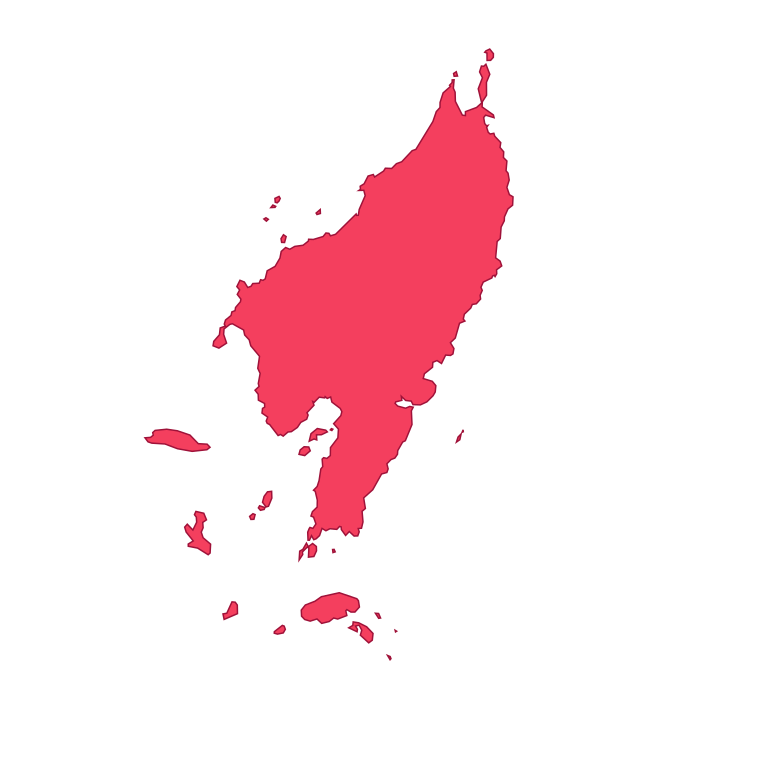 the district of Ko Chang, Trat, Thailand, rotated 62°
{"feature_id": "78962969B80719111705399", "entity_name": "Ko Chang", "entity_type": "district", "adm_level": 2, "iso_a3": "THA", "parent_name": "Thailand", "parent_adm1": "Trat", "projection": "mercator", "projection_center": [102.37, 12.028], "detail": "fine", "context": "isolated", "style": "filled", "palette": "rose", "viewbox_px": 768, "rotation_deg": 62, "n_neighbors": 0, "source": "geoboundaries", "source_scale": "gbopen_adm2", "svg_char_len": 6196}
<svg xmlns="http://www.w3.org/2000/svg" viewBox="0 0 768 768"><g transform="rotate(62 384 384)"><path d="M160.2,145.2L149.5,143.9L150.3,146.8L149.0,148.7L153.3,153.1L159.8,153.3L167.6,162.2L181.7,165.8L183.3,172.5L181.7,184.2L185.2,186.1L183.4,188.6L168.0,188.3L159.7,184.2L155.4,183.9L148.3,179.3L147.5,181.0L149.8,182.3L151.0,185.9L152.5,185.7L154.7,195.1L161.7,202.3L166.2,204.8L168.0,209.9L175.2,217.6L191.8,245.7L191.2,249.6L196.1,264.0L195.3,269.6L197.3,276.0L194.1,281.5L195.8,284.4L196.8,295.1L194.0,295.1L192.9,300.4L197.9,307.6L198.2,312.2L201.1,313.4L201.3,315.3L203.5,310.9L208.9,312.2L218.2,323.9L223.0,327.5L222.2,329.1L220.8,328.8L229.1,356.5L228.0,361.7L225.1,361.9L223.4,364.4L225.2,368.5L223.2,378.5L220.8,382.6L222.3,383.7L223.5,390.3L220.6,398.2L220.8,403.9L217.3,406.8L218.7,412.5L223.9,416.7L229.0,424.9L229.2,434.0L235.4,439.5L235.7,442.1L234.0,444.0L236.4,446.9L233.7,452.7L235.3,455.6L234.8,459.0L228.4,459.4L224.8,462.5L228.9,468.2L233.2,467.3L236.0,471.5L241.9,470.5L244.0,472.2L246.7,479.1L249.3,481.1L248.9,484.5L251.7,486.9L253.1,493.9L256.1,496.9L258.4,496.9L257.6,502.3L263.3,506.2L266.4,514.3L270.0,517.0L274.8,512.9L274.0,503.8L264.9,502.3L260.3,499.4L259.0,492.1L259.6,489.6L270.4,482.6L275.3,484.0L281.7,482.3L287.7,483.7L301.1,480.9L310.9,488.1L316.5,488.4L324.6,494.8L327.5,495.5L328.9,500.8L334.0,499.9L339.3,502.5L345.1,498.6L348.4,500.2L348.5,502.7L352.4,505.4L358.6,502.2L361.4,505.4L363.9,505.6L366.1,504.0L379.8,501.7L380.0,499.0L382.7,497.5L381.3,491.3L382.6,488.2L381.7,480.9L378.8,475.5L378.8,468.8L375.8,465.6L373.2,465.5L369.9,455.8L366.1,455.1L367.4,454.2L365.2,447.4L368.4,442.9L367.5,441.9L370.1,440.9L370.4,437.2L375.5,438.5L385.0,434.1L388.6,434.2L391.7,437.0L395.4,447.1L402.4,445.4L409.9,450.0L415.0,461.1L422.0,465.0L422.9,469.3L420.7,471.9L421.3,473.9L428.2,476.9L429.4,479.7L438.7,486.6L443.1,491.1L444.7,496.1L446.5,495.1L455.2,497.4L461.3,500.8L463.1,507.1L466.3,510.5L468.5,508.7L475.6,509.8L478.1,514.6L475.9,516.7L476.5,517.9L479.0,520.9L486.2,524.4L486.9,523.1L483.9,519.2L488.5,519.1L488.8,516.5L487.6,512.1L482.4,506.5L486.3,504.2L486.4,499.7L490.2,493.9L488.9,490.1L490.1,488.9L492.5,490.0L499.7,489.0L498.0,483.9L504.2,481.8L505.8,478.5L502.9,475.3L499.5,474.6L500.8,471.6L495.9,467.3L486.1,463.1L485.2,458.9L475.0,455.4L472.1,443.6L462.3,428.4L463.5,423.0L460.9,420.2L455.8,418.9L454.0,413.3L454.5,409.2L452.4,405.1L449.3,403.2L444.0,394.8L444.1,391.8L432.9,378.3L420.5,372.4L418.2,369.1L415.9,371.8L415.5,376.3L409.9,382.3L406.3,383.3L405.3,382.0L406.8,375.9L403.0,374.5L408.7,372.6L411.9,368.0L415.8,368.1L419.5,361.7L419.9,354.5L417.4,346.2L415.1,342.5L409.8,339.0L404.3,340.1L397.6,346.8L393.9,343.5L392.0,333.3L387.8,330.7L388.2,326.2L392.9,323.6L387.4,316.0L390.0,311.9L389.8,309.0L385.5,305.6L378.7,306.0L376.9,299.5L365.8,288.8L366.4,283.0L363.9,283.5L360.1,280.3L357.7,271.8L355.2,268.7L356.5,264.8L354.3,258.8L350.8,257.5L347.5,253.3L344.1,253.0L340.6,248.5L341.0,239.0L339.6,237.5L339.8,235.6L341.3,235.5L339.6,232.7L336.0,231.0L335.0,224.6L330.0,223.8L325.0,226.2L311.3,217.2L310.2,213.1L300.4,206.9L296.4,201.2L293.0,199.2L287.6,192.3L286.5,186.5L279.3,182.2L275.7,184.4L268.1,183.2L262.7,177.7L256.1,175.5L253.0,176.1L244.8,170.8L240.1,172.2L235.2,169.3L229.6,170.5L225.7,167.6L217.2,169.9L214.2,169.3L213.1,172.9L210.7,173.8L205.6,172.9L204.5,170.9L204.3,172.2L201.3,172.8L195.5,170.9L194.3,168.1L200.5,161.8L197.8,161.1L185.4,167.3L181.0,164.7L177.2,157.9L165.7,151.9L160.2,145.2ZM554.7,564.6L558.7,560.5L560.0,553.5L566.1,551.4L568.0,543.9L567.0,538.3L569.8,535.2L571.0,525.5L566.3,524.2L565.8,522.7L569.9,520.2L571.7,516.7L569.4,510.4L563.3,508.3L560.8,508.8L547.3,521.5L542.4,539.1L543.4,546.9L542.2,557.2L544.8,563.2L550.3,565.8L554.7,564.6ZM353.4,585.0L358.9,571.2L358.2,567.3L354.1,568.4L349.5,576.0L338.0,579.3L328.3,588.4L321.9,597.1L317.5,607.9L318.3,611.0L320.9,611.8L321.5,615.2L319.3,620.3L324.3,619.5L327.2,616.8L334.1,605.6L344.2,596.7L353.4,585.0ZM420.6,604.5L413.5,603.8L408.2,609.9L410.4,612.7L413.4,612.2L418.1,614.3L423.2,621.3L415.4,623.5L416.8,627.2L421.9,628.2L433.0,626.1L433.4,632.0L435.4,633.0L441.4,625.6L452.2,619.4L451.6,616.9L444.0,612.3L434.8,615.9L429.0,614.9L426.0,611.2L421.1,609.0L420.6,604.5ZM599.1,510.8L590.2,513.3L583.0,518.4L579.6,522.9L582.5,524.9L582.7,529.6L590.1,524.1L588.1,522.6L584.3,522.8L585.3,519.2L590.9,519.2L594.7,522.8L605.4,519.0L604.7,514.6L599.1,510.8ZM516.8,635.7L518.0,621.2L510.3,617.3L506.8,617.8L505.0,620.5L512.6,630.4L511.4,634.1L516.8,635.7ZM503.4,526.9L499.6,521.9L495.7,520.0L491.3,521.9L492.1,527.2L488.1,527.2L491.9,533.3L492.0,536.9L499.5,541.5L496.4,535.8L494.0,534.9L492.0,528.4L493.5,527.3L501.4,532.0L503.4,526.9ZM399.7,456.5L397.4,457.1L392.0,463.8L393.6,471.8L399.4,476.9L399.7,471.6L401.8,469.6L397.2,467.5L399.4,463.1L399.7,456.5ZM431.4,546.8L437.2,545.8L437.7,543.4L432.1,536.6L426.0,533.6L424.5,537.5L426.9,542.6L431.4,546.8ZM408.4,480.5L404.3,480.0L401.9,484.0L402.9,489.0L406.2,492.1L410.0,487.6L408.4,480.5ZM143.7,132.3L137.9,133.4L137.7,137.6L138.4,139.3L140.1,137.7L146.7,141.1L148.3,137.9L146.9,134.1L143.7,132.3ZM552.5,597.9L554.8,595.5L556.5,589.8L554.3,586.3L550.9,585.8L549.4,587.1L551.2,597.1L552.5,597.9ZM207.9,401.2L205.0,402.7L207.3,406.7L210.9,407.9L212.4,405.4L207.9,401.2ZM172.5,394.7L173.9,393.3L173.2,390.8L171.4,388.5L169.1,388.6L168.9,393.2L172.5,394.7ZM441.1,565.1L442.4,562.4L438.8,559.1L437.0,560.6L437.8,564.8L441.1,565.1ZM437.5,552.4L438.5,548.7L437.2,547.1L433.1,551.0L434.4,553.1L437.5,552.4ZM582.4,499.2L588.4,498.7L589.0,496.9L584.1,496.5L582.4,499.2ZM469.3,347.3L468.8,343.2L464.3,339.4L465.6,343.5L469.3,347.3ZM145.2,177.6L146.6,174.5L142.2,173.6L142.5,176.8L145.2,177.6ZM202.9,363.6L203.6,360.1L200.0,358.4L201.2,363.7L202.9,363.6ZM181.9,412.6L185.0,411.4L184.3,408.8L181.8,410.2L181.9,412.6ZM175.1,401.1L176.9,397.3L176.3,396.2L173.8,398.1L175.1,401.1ZM627.5,506.5L625.4,508.3L630.3,508.1L629.8,506.8L627.5,506.5ZM509.3,505.9L506.6,505.7L506.0,507.1L508.9,508.2L509.3,505.9ZM399.3,452.9L400.6,451.9L399.9,450.4L398.7,451.4L399.3,452.9ZM463.4,336.4L461.6,335.7L463.3,337.7L463.4,336.4ZM606.7,489.8L608.3,490.2L608.2,488.9L606.7,489.8Z" fill="#f43f5e" stroke="#9f1239" stroke-width="1.5"/></g></svg>